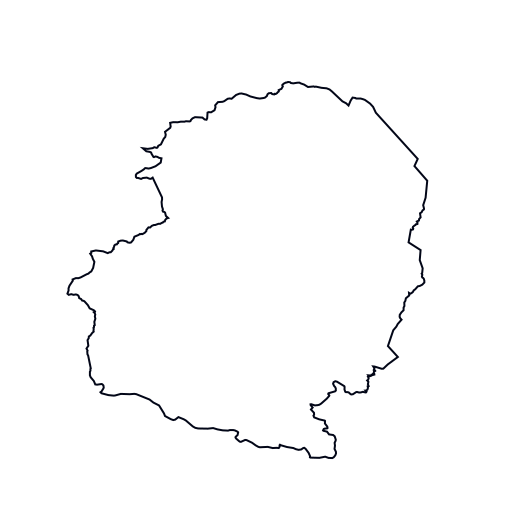 Huanca Sancos, Ayacucho, Peru (Equal Earth projection), rotated 288°
{"feature_id": "86281439B89216609450497", "entity_name": "Huanca Sancos", "entity_type": "district", "adm_level": 2, "iso_a3": "PER", "parent_name": "Peru", "parent_adm1": "Ayacucho", "projection": "equal_earth", "projection_center": [-74.477, -13.931], "detail": "fine", "context": "isolated", "style": "outline", "palette": "ink", "viewbox_px": 512, "rotation_deg": 288, "n_neighbors": 0, "source": "geoboundaries", "source_scale": "gbopen_adm2", "svg_char_len": 6058}
<svg xmlns="http://www.w3.org/2000/svg" viewBox="0 0 512 512"><g transform="rotate(288 256 256)"><path d="M429.3,325.7L434.0,321.3L436.2,317.4L438.1,311.4L438.2,309.6L438.1,306.9L436.7,302.6L437.0,301.8L436.5,298.9L433.1,298.0L427.7,297.5L429.1,294.5L429.8,290.4L436.0,277.3L437.1,274.5L437.2,273.0L437.3,271.3L436.2,266.4L435.6,260.6L435.0,259.5L435.1,258.5L432.8,253.2L433.9,248.8L434.0,244.9L434.3,243.9L433.6,241.8L431.7,238.1L431.3,235.7L431.8,234.8L431.4,232.7L430.4,231.5L430.2,230.8L428.6,229.2L426.9,228.2L426.4,228.3L425.5,229.1L422.8,228.5L420.8,226.3L419.9,226.8L419.3,226.7L418.4,226.0L417.4,225.7L416.1,224.6L416.0,223.6L415.3,223.4L415.0,221.4L415.7,220.1L414.7,217.8L413.4,217.0L411.5,216.9L409.4,215.6L408.6,214.4L406.9,210.9L406.4,208.0L406.0,201.3L406.5,196.8L406.1,192.0L405.3,190.1L403.0,187.3L398.0,184.2L397.7,182.3L396.8,180.5L393.4,177.9L392.3,176.5L390.6,172.3L386.7,170.6L385.0,171.5L381.8,171.5L378.8,168.9L378.1,166.3L377.4,165.6L371.9,167.0L370.3,166.8L370.0,164.9L371.1,162.3L369.2,155.1L367.3,153.1L365.3,152.1L364.1,152.0L363.5,151.4L362.5,147.7L361.6,146.4L360.6,143.1L359.0,140.2L357.7,135.9L356.1,133.2L352.8,134.8L351.4,134.8L346.0,131.1L343.4,132.7L341.1,132.9L339.1,132.0L332.8,131.1L330.6,129.0L328.8,128.8L328.2,128.3L328.0,125.6L326.7,124.5L324.4,119.9L323.5,115.1L321.7,119.3L322.2,122.9L322.0,124.3L321.0,125.0L318.5,127.9L318.5,128.4L319.6,129.6L319.8,131.5L319.4,133.5L319.7,135.9L315.4,136.5L310.3,132.7L307.2,128.9L306.0,126.9L305.5,123.8L305.1,123.2L303.8,122.6L301.4,120.7L297.5,117.1L295.9,116.7L294.0,117.4L293.4,118.5L293.8,119.8L293.8,122.9L295.2,124.3L296.8,127.9L296.6,130.8L296.9,132.2L298.6,133.5L282.7,148.5L280.8,149.2L278.2,149.5L274.0,151.3L271.7,153.0L270.2,153.1L269.4,154.0L269.6,155.0L269.2,156.1L266.3,157.9L265.0,160.7L264.0,159.3L262.2,158.5L260.7,158.6L260.0,157.4L258.9,157.0L258.3,156.0L257.1,155.1L256.5,153.3L254.3,150.5L253.9,149.3L252.5,147.6L250.4,146.5L250.0,144.9L246.9,143.7L245.8,144.0L243.7,143.0L241.7,141.2L241.6,140.2L241.1,139.7L241.1,138.8L239.7,137.8L236.8,134.4L233.5,134.3L230.3,133.0L229.6,131.9L229.3,130.1L229.3,129.5L229.9,128.6L229.6,124.6L228.8,122.6L227.2,120.5L225.7,120.9L224.9,120.2L224.1,120.1L223.4,118.7L222.2,118.0L220.9,118.2L219.5,117.9L218.8,118.5L218.1,117.9L216.9,117.8L214.7,116.7L214.2,115.4L212.9,114.1L213.2,109.2L211.8,102.0L209.4,97.9L208.0,98.4L207.0,97.6L205.0,100.2L203.0,101.6L200.5,104.1L194.3,104.8L190.4,104.1L188.9,102.8L187.5,102.1L186.3,100.6L181.4,95.8L180.0,93.9L179.3,91.5L177.0,88.8L175.9,89.4L170.2,87.8L167.3,87.7L165.3,88.4L161.9,88.3L161.2,89.9L162.6,92.1L162.7,94.5L163.8,96.6L163.8,98.4L163.0,99.8L161.3,100.9L161.0,103.0L159.9,104.4L160.1,106.0L159.8,107.0L157.3,111.3L154.8,114.0L154.3,118.5L153.5,120.1L153.2,120.1L152.4,119.2L151.9,120.2L150.7,121.2L148.8,121.4L146.7,122.6L143.4,122.6L140.4,124.0L139.7,123.5L138.2,123.9L137.4,123.6L136.5,124.2L134.4,124.6L133.9,125.0L132.2,124.0L129.1,123.0L127.8,121.9L126.1,122.3L123.9,121.8L118.8,124.3L115.6,123.4L113.9,125.1L113.1,125.0L110.4,126.1L109.5,127.1L98.0,133.6L97.4,133.4L95.7,134.0L94.6,133.8L91.2,134.9L89.6,136.2L87.0,140.4L84.2,142.8L84.5,144.6L86.5,148.6L86.5,149.5L85.7,150.9L83.9,151.8L82.9,151.8L79.3,150.9L78.4,150.2L77.7,151.5L78.1,158.6L79.2,163.7L79.8,165.1L83.1,170.1L85.5,178.5L87.3,182.9L87.6,184.9L86.6,199.1L84.9,203.7L83.9,210.0L77.8,217.2L75.7,218.9L74.5,225.4L74.4,228.0L75.4,229.7L78.8,232.0L78.4,237.7L77.9,240.1L74.4,248.5L73.8,251.3L74.1,254.3L76.9,263.5L79.1,268.4L79.2,272.9L79.9,278.2L81.3,283.4L82.3,284.8L83.4,288.0L83.6,289.8L83.2,292.7L82.8,293.5L80.0,293.8L77.7,292.5L77.0,292.6L76.2,293.6L74.7,297.1L74.4,298.2L74.6,299.1L77.7,302.5L78.0,303.9L77.2,309.9L75.8,314.2L75.2,317.2L75.3,318.8L78.1,326.2L78.5,331.2L79.9,334.8L80.4,337.0L82.0,337.4L83.3,336.9L83.9,337.1L83.7,338.4L83.9,344.5L84.9,350.9L84.6,353.6L84.8,356.4L86.0,358.8L88.0,360.3L88.5,361.2L87.9,362.8L85.0,366.9L82.4,369.2L81.2,369.5L81.1,370.1L83.6,378.6L86.5,383.8L86.4,387.4L87.4,391.0L88.6,392.1L90.9,393.0L93.0,393.1L94.5,392.5L96.8,390.3L100.1,389.7L102.6,388.5L105.0,388.8L106.0,388.6L108.8,386.6L109.6,384.7L108.9,380.6L110.9,377.8L110.6,374.2L110.8,373.7L112.4,373.9L113.0,374.6L114.1,377.0L114.5,377.2L115.8,376.5L118.0,373.3L120.5,372.6L120.7,372.2L120.2,366.6L120.5,361.2L121.9,360.0L123.0,360.3L124.8,359.6L127.0,355.7L129.4,356.7L131.1,354.0L131.8,353.7L132.1,354.3L132.1,358.2L133.2,360.7L134.1,362.2L135.8,363.6L142.2,367.4L145.5,368.8L146.1,368.8L147.1,367.3L147.9,367.4L151.7,373.0L152.7,373.5L154.7,372.8L155.8,371.8L156.5,370.5L158.3,368.8L160.0,368.8L161.4,370.1L161.5,371.8L159.5,380.2L158.9,380.7L156.4,381.4L154.5,382.8L154.3,383.6L154.8,385.0L154.9,386.3L153.8,388.7L153.8,389.5L154.5,390.9L157.4,393.2L157.9,394.0L158.0,396.2L158.6,397.8L159.8,399.5L160.1,402.5L160.4,402.9L161.3,403.0L161.9,401.8L162.2,402.5L163.5,403.3L165.3,403.2L166.5,402.5L167.1,403.3L168.7,402.0L171.0,401.8L172.0,400.2L172.9,400.9L174.6,400.9L175.8,399.8L176.4,400.7L177.2,399.6L177.5,400.7L177.4,402.2L177.8,402.6L178.5,402.5L178.6,403.4L179.8,405.2L180.4,404.9L180.0,403.9L180.1,403.6L180.9,404.1L182.9,403.9L183.3,404.7L183.6,404.9L184.0,404.4L184.1,403.2L185.8,403.3L187.2,401.6L187.5,403.0L187.6,410.4L188.2,411.9L193.7,414.9L203.8,422.1L211.1,409.3L227.8,409.5L232.2,411.3L235.1,411.8L240.4,414.1L241.4,412.4L242.5,411.4L244.5,410.9L247.3,411.7L250.0,413.1L252.6,412.3L254.3,412.6L257.6,411.4L259.5,411.9L262.1,411.6L265.8,413.9L268.2,412.9L267.8,414.4L268.8,415.4L270.5,416.4L272.0,416.6L273.5,417.7L277.2,419.3L278.1,421.0L280.1,423.0L282.8,424.3L284.6,423.7L286.1,422.7L286.7,421.9L287.0,420.7L287.8,420.1L289.5,420.0L290.4,419.0L291.2,419.3L295.8,418.3L302.7,413.0L312.5,410.7L316.1,396.9L328.9,395.1L328.9,395.8L329.8,397.1L330.6,397.1L331.4,396.3L332.3,396.3L334.1,397.4L334.6,398.0L335.5,398.2L336.3,399.6L337.6,399.3L338.5,398.3L340.1,400.0L341.5,399.7L343.6,400.6L347.3,398.8L348.8,400.0L350.8,400.3L352.2,401.3L353.1,401.1L356.0,399.3L363.8,399.3L380.5,395.6L390.5,378.9L398.3,379.8L429.3,325.7Z" fill="none" stroke="#020617" stroke-width="2"/></g></svg>